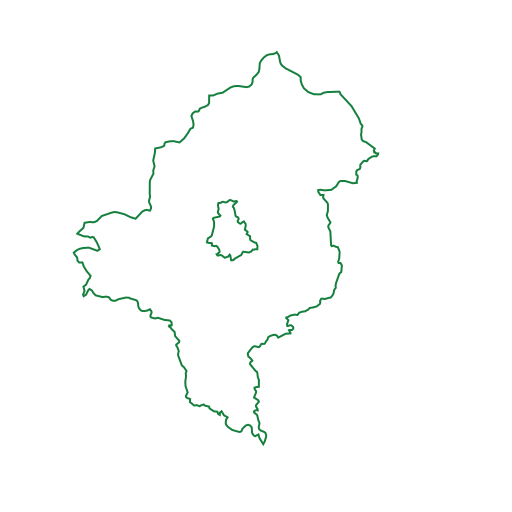 the State of Brandenburg, rotated 235°
{"feature_id": "DEU-3487", "entity_name": "Brandenburg", "entity_type": "State", "adm_level": 1, "iso_a3": "DEU", "parent_name": "Germany", "parent_adm1": "", "projection": "orthographic", "projection_center": [13.043, 52.446], "detail": "fine", "context": "isolated", "style": "outline", "palette": "green", "viewbox_px": 512, "rotation_deg": 235, "n_neighbors": 0, "source": "natural_earth", "source_scale": "10m", "svg_char_len": 6159}
<svg xmlns="http://www.w3.org/2000/svg" viewBox="0 0 512 512"><g transform="rotate(235 256 256)"><path d="M398.5,232.3L401.9,235.1L399.5,240.6L398.9,244.0L400.6,245.6L401.1,247.1L399.6,250.7L397.5,254.2L392.9,258.5L393.5,264.4L395.8,270.9L397.8,275.2L397.3,278.0L399.4,280.2L402.6,281.8L407.8,283.4L409.2,286.0L409.3,289.0L407.5,291.4L407.6,292.4L408.9,294.4L408.6,296.6L407.7,299.3L407.2,303.2L408.2,305.3L414.3,309.7L412.0,313.1L411.2,317.3L408.9,322.4L408.7,331.5L408.0,334.5L406.7,337.2L405.0,339.5L399.8,345.0L398.7,347.6L399.0,350.8L400.6,353.1L402.3,354.2L403.6,355.9L404.1,359.9L405.1,363.6L407.2,366.0L411.8,369.7L413.1,372.3L414.1,376.0L414.3,380.0L413.3,383.0L411.6,385.9L410.9,388.8L411.1,389.9L407.1,389.8L400.7,386.9L398.6,386.5L396.7,386.7L392.7,387.9L380.5,394.3L377.0,395.2L373.8,393.1L370.4,392.0L365.9,391.4L360.2,392.9L355.3,396.2L351.8,401.0L351.2,402.1L351.1,404.5L349.7,407.9L343.0,418.3L342.1,418.6L340.0,418.0L324.0,420.2L309.7,419.2L304.2,417.6L302.2,418.0L301.1,417.5L299.5,415.2L297.1,413.6L295.1,411.6L290.7,409.4L288.5,409.7L286.3,411.4L275.9,414.9L274.7,412.9L272.8,412.3L272.4,413.2L271.4,413.0L269.9,414.9L269.0,413.7L268.6,411.7L270.2,409.8L270.9,407.8L271.0,404.0L270.8,402.7L270.3,402.3L270.0,401.3L272.0,399.1L271.8,397.2L271.0,394.1L270.6,393.5L268.7,392.3L267.8,391.0L268.3,387.9L267.8,386.8L265.2,384.8L263.8,385.3L263.1,385.1L261.8,384.2L259.2,381.0L258.1,380.6L260.0,377.1L266.4,371.9L268.9,368.4L269.2,366.6L267.1,361.7L267.0,355.6L270.3,350.0L273.5,346.5L274.3,344.6L272.5,343.8L269.0,343.7L267.3,346.3L265.3,344.4L264.6,344.3L258.5,345.0L256.8,344.4L251.6,340.7L248.9,337.4L246.0,336.6L241.1,336.3L240.6,336.0L239.4,332.7L238.1,331.7L233.5,331.0L221.8,323.7L220.7,323.7L219.9,325.5L217.6,326.8L216.3,328.1L212.0,327.1L210.5,326.2L206.2,322.7L204.3,320.2L203.4,319.6L202.7,319.8L201.8,321.2L199.1,321.0L194.0,316.7L193.7,314.1L188.1,306.3L186.4,304.4L184.2,303.1L183.3,300.5L180.9,298.1L179.8,295.9L179.1,293.2L180.0,291.6L181.2,287.8L183.3,285.6L183.6,284.9L182.3,282.5L181.1,282.1L180.1,280.8L179.9,276.7L181.3,272.8L182.6,270.3L182.1,267.5L182.5,265.9L182.4,264.8L184.0,261.6L184.8,258.8L183.9,256.1L185.6,254.4L187.5,250.2L187.7,247.0L188.3,245.5L188.0,245.2L184.8,245.7L182.4,242.3L180.8,241.5L180.3,242.0L179.8,244.1L179.1,245.0L176.8,245.7L175.7,245.4L174.9,244.3L174.8,243.0L176.3,240.8L176.3,240.4L173.4,240.3L172.8,239.8L175.3,235.8L176.4,227.4L178.6,227.5L180.3,226.7L181.4,224.9L182.3,222.0L182.5,219.4L180.9,217.5L180.4,215.3L179.5,213.7L179.2,212.5L180.9,210.1L180.7,209.2L179.8,207.7L179.7,206.0L182.9,203.2L183.3,201.5L183.2,200.5L181.1,193.7L180.6,193.1L178.1,192.1L174.6,193.0L172.3,192.9L172.2,190.7L171.4,189.4L170.7,189.1L162.1,189.7L160.7,190.3L159.2,189.9L155.5,187.9L153.0,187.4L147.2,183.3L148.5,181.0L149.0,179.3L147.9,178.6L145.1,178.5L143.9,177.4L141.2,173.2L136.6,175.1L135.0,174.8L133.8,170.5L132.8,169.7L129.8,169.5L128.6,168.9L129.4,168.1L129.9,166.7L129.9,165.3L129.0,164.7L125.0,165.7L120.6,163.9L116.9,162.9L114.3,160.1L112.3,159.3L110.4,159.7L107.4,161.7L105.7,162.2L103.8,161.8L102.3,160.8L99.1,156.8L97.7,154.0L104.7,154.4L108.4,155.6L108.9,151.9L110.3,151.2L113.3,151.3L118.1,154.2L120.5,154.0L122.3,152.7L123.0,150.3L122.2,145.6L121.0,144.0L120.8,142.9L121.4,141.4L127.2,136.7L132.1,135.0L135.2,134.8L136.3,135.2L139.1,137.6L140.1,140.2L143.9,138.4L148.6,138.7L148.4,136.6L146.6,135.2L148.2,134.4L150.7,135.0L152.8,132.5L157.8,130.5L159.5,131.2L162.9,128.2L164.3,128.0L165.1,125.7L165.3,123.6L167.7,122.0L169.0,119.6L174.3,118.1L176.6,120.0L179.3,118.1L180.5,117.8L181.5,118.3L183.5,121.8L189.7,123.6L193.5,125.9L197.7,129.8L200.3,131.2L201.6,133.1L206.2,133.2L208.9,132.5L218.9,135.1L220.1,135.7L222.5,138.2L226.2,139.2L228.5,139.3L229.2,139.9L229.4,143.3L230.4,144.5L236.7,143.8L240.6,145.8L244.1,145.0L246.5,144.9L248.3,144.3L248.9,145.2L247.5,146.9L247.7,147.4L250.3,148.8L252.6,148.4L256.2,144.3L261.7,140.2L262.7,137.5L265.6,135.0L266.3,134.7L267.6,135.1L269.6,138.1L270.7,138.6L273.2,138.6L273.7,135.6L274.9,132.9L276.3,131.2L277.8,130.4L280.1,130.2L282.0,130.6L285.6,132.5L287.3,132.9L288.8,132.3L293.5,128.5L294.5,128.2L296.6,125.6L299.5,118.5L299.9,115.7L300.6,114.0L301.9,112.8L303.5,111.9L306.7,111.8L308.7,109.9L310.3,106.8L315.7,102.1L318.8,101.6L321.9,101.8L324.5,100.7L324.1,98.8L321.8,94.6L321.9,91.8L323.5,92.1L325.7,95.5L329.9,97.1L330.0,100.4L332.7,105.0L333.2,107.1L334.6,109.1L340.8,108.6L346.1,108.9L350.3,110.1L352.0,107.5L354.2,107.0L357.4,108.6L361.2,108.3L363.3,108.7L363.5,112.7L363.1,115.5L361.8,118.8L358.7,123.9L351.2,129.1L351.2,132.0L358.3,133.4L364.2,133.8L365.5,132.9L366.0,130.8L368.3,129.6L370.8,126.3L376.8,122.4L377.4,125.2L378.0,130.7L381.5,134.6L379.3,139.3L376.8,142.2L376.2,144.0L376.0,146.0L377.2,152.7L374.4,162.4L373.3,165.2L370.6,168.1L365.3,172.4L359.9,175.4L355.6,178.7L357.6,188.3L357.3,191.1L356.4,193.0L354.0,195.1L355.1,197.2L356.6,198.4L360.6,199.1L362.4,199.8L365.4,203.3L367.9,204.6L377.6,211.5L379.1,213.1L382.3,219.2L385.0,220.9L387.7,224.4L393.1,226.5L398.5,232.3ZM309.5,250.0L309.2,249.4L309.4,248.3L311.5,243.3L311.4,242.1L308.1,241.3L304.2,238.6L298.2,231.6L297.8,230.3L298.0,226.7L295.5,223.7L295.0,223.7L292.9,225.8L292.3,227.0L291.6,227.1L289.9,225.9L287.8,227.7L287.0,229.3L285.6,229.7L282.1,229.5L280.6,228.8L280.0,228.0L280.0,226.6L279.7,225.6L280.0,224.8L278.7,224.7L278.1,225.2L277.2,227.4L276.2,228.3L272.5,229.4L271.5,232.7L272.2,235.2L271.3,235.3L266.8,233.2L266.3,233.6L265.6,235.5L266.0,236.9L265.3,244.6L266.7,247.2L266.8,248.1L262.9,252.2L262.4,254.9L263.1,257.1L262.3,258.0L262.1,259.0L260.8,260.9L263.2,262.9L266.7,263.7L268.2,262.4L272.0,260.6L273.2,260.8L275.5,262.5L279.3,260.9L280.3,262.8L280.7,263.0L284.0,262.0L286.8,265.1L288.4,265.9L291.3,265.9L291.5,264.5L291.2,262.0L292.0,261.3L294.3,260.6L295.2,261.0L295.9,262.5L296.7,263.3L298.4,263.3L299.4,262.5L300.6,262.3L305.8,264.7L308.1,265.4L309.6,265.3L310.6,266.6L311.2,271.2L311.3,271.6L312.2,271.6L313.4,269.0L316.7,267.1L317.0,265.4L316.7,263.2L317.4,261.7L319.4,260.0L319.8,258.9L319.9,257.0L320.8,256.2L320.9,255.4L319.5,254.0L315.9,252.3L314.2,250.2L313.0,249.5L309.5,250.0Z" fill="none" stroke="#15803d" stroke-width="2"/></g></svg>